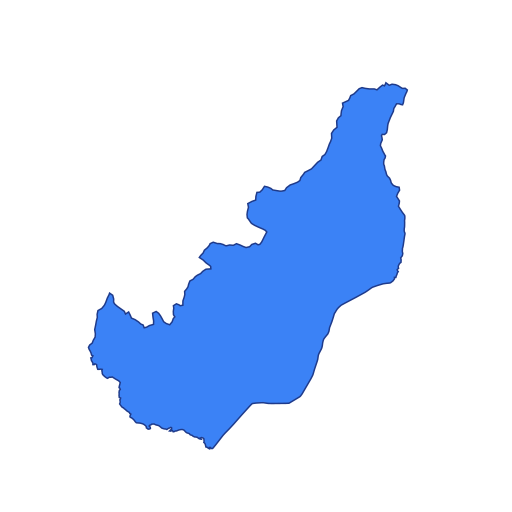 outline of Sigowet/Soin, Rift Valley, Kenya, rotated 193°
{"feature_id": "3690345B8364842533504", "entity_name": "Sigowet/Soin", "entity_type": "district", "adm_level": 2, "iso_a3": "KEN", "parent_name": "Kenya", "parent_adm1": "Rift Valley", "projection": "mercator", "projection_center": [35.118, -0.326], "detail": "fine", "context": "isolated", "style": "filled", "palette": "blue", "viewbox_px": 512, "rotation_deg": 193, "n_neighbors": 0, "source": "geoboundaries", "source_scale": "gbopen_adm2", "svg_char_len": 6057}
<svg xmlns="http://www.w3.org/2000/svg" viewBox="0 0 512 512"><g transform="rotate(193 256 256)"><path d="M398.7,129.3L397.5,127.4L396.4,126.3L394.9,124.4L394.3,123.2L393.7,122.3L392.5,122.1L392.7,121.0L393.0,119.9L394.0,119.5L393.4,118.4L392.8,117.0L391.9,116.2L390.7,114.7L390.5,113.5L389.3,113.7L388.8,114.7L387.8,114.6L386.8,114.2L386.4,113.0L385.9,111.9L384.7,110.0L383.5,110.2L382.0,110.8L380.3,110.9L380.4,109.6L379.7,108.1L379.4,107.0L378.7,106.0L376.5,104.6L375.1,104.0L374.1,103.6L373.2,103.4L372.5,104.0L371.7,104.9L370.1,105.2L368.8,105.8L365.2,104.5L361.7,103.5L359.8,102.2L359.9,98.1L359.8,96.9L359.0,96.6L358.2,95.4L358.9,94.4L358.8,92.4L358.3,90.8L358.1,89.4L357.4,87.4L356.0,87.2L355.9,86.2L356.3,85.2L355.7,84.0L355.4,82.6L355.6,81.2L353.2,79.1L352.1,78.4L351.0,78.3L350.1,77.6L348.6,77.0L347.7,76.4L346.7,75.9L344.2,75.1L343.6,74.2L342.4,73.8L342.8,71.5L342.2,70.5L341.0,70.4L338.8,69.3L337.5,68.4L336.4,67.4L335.1,66.6L333.4,66.8L332.2,67.0L331.2,67.1L328.7,67.0L327.4,66.7L325.8,66.0L324.5,65.1L324.2,63.9L323.2,63.5L322.1,63.0L320.8,63.5L320.1,64.1L320.5,65.4L321.9,66.3L321.4,67.2L320.4,67.8L319.8,68.7L317.4,69.4L316.1,69.0L314.6,68.9L313.1,68.9L311.9,68.6L309.0,67.1L306.5,66.9L305.1,67.1L303.8,66.9L303.1,67.8L302.2,68.6L301.3,69.1L300.6,69.8L299.7,69.8L299.2,68.4L300.2,67.2L300.9,66.1L299.6,66.2L298.9,66.9L298.0,67.0L297.2,66.1L296.3,66.4L295.3,67.3L294.0,67.7L292.1,69.1L289.9,70.1L288.3,70.4L286.9,70.1L284.9,68.7L283.8,68.2L280.9,67.9L280.1,67.1L279.1,66.9L278.0,66.9L276.7,66.2L275.0,65.9L273.8,66.1L272.3,66.1L271.2,65.5L270.3,65.2L269.4,65.1L268.3,65.2L269.4,66.1L268.2,66.9L266.6,66.7L265.7,66.2L264.9,63.8L264.9,62.6L263.9,62.1L263.0,61.0L261.8,58.6L260.9,58.7L259.0,57.9L258.0,57.7L258.3,59.0L257.2,59.2L256.5,58.3L255.1,58.6L254.5,59.5L252.5,63.6L247.8,73.8L246.4,76.3L243.1,81.7L239.9,87.3L234.3,97.7L230.0,105.4L228.5,108.1L227.3,110.1L226.4,111.4L223.0,112.7L217.9,114.2L215.9,114.7L211.0,115.1L207.5,115.8L193.5,119.2L190.7,120.0L181.7,128.7L181.1,129.6L180.1,131.9L174.9,148.7L174.0,152.2L173.8,153.5L173.5,158.9L172.7,167.2L172.6,169.1L172.9,172.6L172.9,173.9L172.6,175.5L171.4,180.1L171.2,181.4L171.2,183.4L171.5,186.4L171.5,188.5L171.4,189.6L171.2,190.6L170.3,192.6L168.5,196.2L168.2,197.8L168.0,199.1L168.2,202.7L167.3,209.1L166.9,213.9L166.7,217.5L166.1,219.0L165.8,220.1L165.0,222.4L164.0,224.3L162.0,227.2L159.1,229.8L148.9,238.6L142.4,244.4L141.6,245.1L139.6,247.2L136.1,251.2L135.1,252.0L131.0,254.6L125.9,257.5L122.8,258.7L119.5,259.8L118.7,260.4L116.9,262.6L115.9,265.0L116.3,266.3L114.9,266.6L114.9,267.7L114.5,270.1L114.5,271.4L113.9,272.8L114.8,273.4L115.4,274.6L114.3,276.1L114.9,277.2L115.1,278.3L114.6,280.5L114.1,281.5L113.3,282.4L113.6,284.2L113.9,285.4L114.6,286.7L114.1,287.8L113.5,289.1L113.5,290.5L113.6,291.7L114.2,292.7L114.6,293.9L114.7,294.9L115.0,296.2L114.9,298.1L115.0,300.2L115.7,308.4L115.8,310.8L116.0,311.8L116.8,312.8L117.4,314.3L117.7,316.1L117.8,317.7L118.1,319.3L118.8,322.5L119.2,323.7L119.4,325.9L119.8,327.8L120.3,329.0L123.4,331.6L125.5,333.6L128.4,336.5L128.3,339.7L128.6,341.9L132.5,345.7L132.0,349.0L131.3,351.2L130.9,352.4L132.0,355.2L135.0,355.1L137.3,355.5L138.6,356.0L140.7,357.7L141.9,360.0L143.4,361.9L145.9,363.4L146.7,364.2L147.4,365.3L148.4,367.3L149.7,369.2L150.1,370.0L151.2,372.7L152.2,374.1L152.7,376.2L152.9,378.7L152.3,380.4L152.3,382.6L153.2,383.4L154.2,384.6L156.0,386.6L158.0,389.5L159.6,391.4L159.8,393.7L159.1,397.6L160.1,400.2L160.8,401.3L160.4,402.9L158.1,403.3L156.5,405.5L156.5,407.3L156.5,408.8L157.0,412.6L157.1,414.9L156.2,421.2L154.7,427.8L154.9,430.7L154.1,433.1L153.3,435.9L150.8,436.5L148.8,436.2L147.2,436.3L146.9,438.1L146.9,439.1L147.2,442.8L147.2,443.8L146.5,448.1L146.0,450.1L145.9,451.8L148.4,453.0L150.7,452.3L151.7,452.4L155.9,453.9L158.6,454.3L162.1,454.0L164.6,452.3L168.4,454.0L168.6,452.5L169.1,450.7L171.1,451.0L173.4,448.2L175.5,445.1L178.3,445.4L183.1,444.3L187.4,443.9L190.6,443.9L193.1,442.2L195.1,439.0L197.1,435.9L199.8,433.6L200.2,430.8L200.9,428.4L206.1,424.4L204.7,421.1L205.4,416.8L205.1,413.8L204.8,411.8L206.8,409.2L207.8,405.7L206.0,399.6L208.6,396.3L210.0,392.4L208.7,387.8L209.1,384.3L209.7,381.6L210.1,377.9L210.7,373.6L211.7,370.3L213.9,367.9L214.3,364.1L217.0,361.2L221.5,353.4L224.4,350.9L227.4,348.4L228.0,346.6L230.0,342.5L230.2,339.4L232.2,337.2L235.2,335.1L238.7,332.9L241.6,329.4L242.7,326.3L245.6,325.0L247.0,324.6L248.3,324.5L254.5,324.1L256.7,325.2L260.0,325.8L263.4,325.8L264.8,321.9L266.7,319.0L269.4,318.2L269.5,314.2L268.9,310.4L272.2,308.3L275.8,305.2L274.3,301.8L274.4,297.6L274.1,294.4L273.0,291.2L271.9,290.5L268.2,287.1L267.3,286.6L264.3,285.6L260.7,284.8L255.3,283.8L252.7,283.1L250.9,281.8L252.3,276.5L253.3,272.2L253.7,270.7L254.9,268.2L256.5,267.4L259.4,268.3L262.7,266.3L264.3,263.6L267.6,262.0L270.7,262.4L273.9,263.1L277.8,263.6L280.5,261.3L284.2,260.8L287.1,259.3L288.2,259.2L290.5,259.8L293.6,260.0L295.3,259.7L296.4,259.4L300.8,259.8L303.5,257.7L303.7,256.5L304.2,255.1L305.4,252.9L307.6,250.0L308.2,247.0L309.8,244.4L310.4,243.1L310.9,241.8L306.6,240.2L303.2,238.1L298.9,236.3L297.8,235.6L297.1,233.3L301.1,232.1L301.9,231.8L304.5,229.0L306.0,226.4L307.6,225.1L308.7,224.2L310.5,222.2L312.0,219.2L314.8,216.8L315.3,213.3L315.3,210.8L316.1,208.4L317.6,205.5L316.7,202.5L316.7,199.8L317.1,195.8L316.2,191.6L318.7,190.5L320.0,191.1L322.8,191.5L325.3,189.0L324.4,186.7L324.1,183.4L323.2,180.2L321.4,178.4L322.5,176.5L322.9,173.0L324.6,169.6L328.3,170.0L331.2,171.2L333.5,173.9L335.6,176.2L338.0,178.3L340.8,179.5L343.9,177.0L342.4,172.7L341.1,169.6L340.5,166.3L344.3,164.2L346.6,162.0L348.8,160.9L350.5,163.4L353.0,163.8L355.6,165.3L359.5,166.8L363.4,167.5L365.2,170.0L367.5,172.8L370.1,170.1L371.9,172.5L379.7,175.7L382.7,177.3L383.5,178.0L384.4,179.1L385.0,182.1L386.8,185.5L390.3,186.9L390.5,185.2L391.4,181.5L391.8,178.2L392.0,176.8L392.5,174.5L392.8,173.6L394.5,170.2L397.7,167.3L397.7,163.5L396.8,160.4L396.9,156.9L396.7,153.0L396.6,148.0L395.0,144.0L394.5,140.8L395.6,137.2L396.0,134.3L398.0,131.9L398.7,129.3Z" fill="#3b82f6" stroke="#1e3a8a" stroke-width="1.5"/></g></svg>